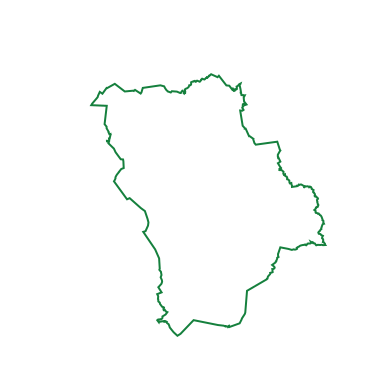 Salvador Escalante, Michoacán, Mexico, rotated 235°
{"feature_id": "50627088B74968068744186", "entity_name": "Salvador Escalante", "entity_type": "district", "adm_level": 2, "iso_a3": "MEX", "parent_name": "Mexico", "parent_adm1": "Michoacán", "projection": "robinson", "projection_center": [-101.725, 19.39], "detail": "fine", "context": "isolated", "style": "outline", "palette": "green", "viewbox_px": 384, "rotation_deg": 235, "n_neighbors": 0, "source": "geoboundaries", "source_scale": "gbopen_adm2", "svg_char_len": 5883}
<svg xmlns="http://www.w3.org/2000/svg" viewBox="0 0 384 384"><g transform="rotate(235 192 192)"><path d="M271.8,280.7L271.4,278.8L277.5,275.2L277.2,273.2L277.5,273.1L277.5,272.8L277.2,272.8L276.9,270.7L277.6,270.1L277.4,269.7L277.1,269.9L276.8,269.7L277.4,268.7L277.0,267.2L277.1,266.6L279.0,265.3L278.8,263.9L278.4,263.8L277.9,261.6L280.3,260.0L280.3,259.2L280.1,258.3L280.6,258.0L281.1,258.2L281.4,258.1L281.6,257.2L281.8,257.0L281.7,256.3L282.1,255.9L282.4,254.2L281.3,253.5L280.5,252.8L280.5,251.5L281.0,251.0L280.0,249.6L279.8,248.4L279.8,247.5L280.1,246.5L280.1,244.9L278.2,244.1L277.1,243.2L277.8,242.6L277.3,242.0L277.7,241.9L278.0,242.3L278.9,242.8L280.5,242.2L280.0,240.5L279.5,239.7L279.9,239.1L282.9,237.2L286.1,233.3L285.7,231.7L288.3,229.8L288.6,229.9L290.0,229.5L292.4,229.5L294.5,229.8L297.5,227.3L305.5,211.4L302.5,207.6L302.1,206.4L308.3,203.9L308.2,203.0L308.4,202.6L308.2,202.2L308.8,201.8L312.9,194.6L324.9,190.8L325.8,181.9L326.2,181.7L323.9,175.0L326.9,173.9L324.8,170.3L323.8,169.1L321.6,160.8L320.9,159.3L311.5,171.6L297.7,159.3L294.5,159.5L293.2,158.6L289.0,158.2L288.9,157.9L286.8,157.5L286.4,158.4L286.0,158.0L285.6,158.2L285.4,157.9L285.3,157.7L283.0,155.2L283.4,154.7L281.3,153.5L280.7,152.6L281.7,152.0L282.2,152.3L282.7,151.7L282.2,151.4L280.7,152.2L279.8,151.9L279.7,151.5L272.3,152.9L268.4,152.2L259.7,152.4L258.2,154.2L256.5,153.4L250.8,149.8L251.4,147.2L250.3,143.5L250.2,143.5L249.3,140.4L248.4,138.5L247.9,137.7L247.0,137.1L245.8,135.0L245.5,134.2L223.3,134.6L222.7,137.4L208.1,140.9L203.4,142.5L195.6,140.2L192.1,138.9L189.7,136.7L186.6,131.5L187.3,129.2L166.1,128.9L156.5,127.0L147.7,121.6L147.1,120.7L146.8,120.6L144.5,120.8L141.5,119.4L140.1,117.4L137.1,116.8L135.7,116.1L134.9,115.1L134.3,114.2L133.3,109.8L127.2,109.5L128.3,104.9L126.3,104.6L125.5,104.2L124.7,103.4L124.4,103.3L123.9,102.7L123.1,102.6L121.8,101.7L121.3,101.7L120.3,102.1L119.7,102.1L118.8,101.6L115.1,101.7L114.0,102.6L113.4,102.8L113.2,102.7L113.1,101.9L112.4,101.6L112.0,101.2L111.4,101.1L111.1,101.2L111.0,102.1L108.8,102.2L107.7,102.9L106.8,100.1L107.0,96.4L106.5,96.1L105.7,95.4L105.4,94.4L105.5,93.7L106.1,93.0L106.1,92.2L106.8,91.5L107.0,91.1L106.9,90.0L104.2,90.1L104.5,90.5L102.2,95.4L101.8,95.9L100.6,96.6L100.6,96.3L100.4,96.6L98.9,96.4L97.2,97.0L95.6,96.7L93.8,96.1L90.4,96.3L87.7,96.5L82.6,97.6L82.4,101.2L86.1,119.8L68.1,137.0L64.3,141.3L62.8,142.2L63.0,142.6L62.8,142.9L62.1,143.1L61.5,143.8L61.4,144.1L60.6,144.0L60.5,144.7L60.7,144.8L61.2,144.5L61.3,145.1L61.2,145.7L59.9,145.4L57.1,155.7L59.0,159.3L59.8,160.4L61.8,165.3L62.7,166.5L79.5,180.4L77.6,203.2L78.0,203.6L77.8,204.2L79.2,205.7L79.9,208.8L80.4,209.5L80.9,209.7L80.3,211.1L80.1,212.1L82.8,213.6L82.3,214.2L82.2,215.7L82.7,216.1L82.8,216.4L83.2,216.5L84.5,216.3L86.3,215.8L86.4,219.9L86.7,220.7L87.0,220.8L87.0,221.3L87.3,221.4L87.7,222.3L88.7,223.7L89.3,224.1L89.2,225.6L89.8,225.6L91.9,226.9L92.1,227.3L96.0,232.6L90.2,238.2L87.3,240.6L86.7,242.4L85.9,243.1L85.4,244.0L85.2,245.5L85.7,245.9L86.2,245.9L86.2,246.0L86.2,247.1L85.9,248.1L86.0,249.1L85.9,250.1L85.2,252.0L84.6,253.1L84.3,254.1L83.8,254.3L83.8,254.8L82.9,255.0L83.1,256.8L83.4,257.0L83.2,257.7L82.1,259.1L82.0,259.4L82.1,259.9L81.9,260.1L81.9,260.6L83.0,260.8L81.6,261.4L81.8,261.9L81.1,262.3L80.3,262.1L79.7,262.9L79.4,263.1L77.6,263.1L77.1,263.2L76.6,264.7L75.0,266.7L74.4,268.0L73.4,268.7L72.1,270.8L72.8,270.8L73.3,271.2L75.1,271.1L75.8,270.6L76.0,271.0L76.3,270.9L77.4,272.0L78.7,272.3L79.4,272.0L80.3,272.7L81.0,274.1L82.7,273.1L83.3,273.2L84.1,272.9L85.1,271.9L86.3,272.2L86.5,272.8L86.8,273.1L86.7,274.3L87.3,275.3L87.4,276.7L88.2,277.0L88.5,277.7L88.9,278.0L90.6,280.4L90.7,280.9L90.3,281.9L92.0,282.2L92.4,282.7L93.1,283.1L93.6,283.0L94.1,282.7L94.5,283.1L95.1,283.3L97.3,283.9L98.4,284.0L99.2,283.9L99.8,283.5L100.6,283.6L101.0,283.4L101.6,283.4L101.8,282.8L102.3,282.9L103.9,281.5L104.5,281.8L104.6,281.7L105.6,282.4L107.1,281.9L107.4,283.8L107.8,284.8L108.2,284.8L108.2,286.0L107.9,286.0L107.7,286.3L108.6,287.8L109.3,288.2L109.7,288.0L110.8,288.5L111.7,288.7L112.2,289.2L112.6,289.2L113.8,289.8L114.1,291.0L114.3,291.0L114.4,291.4L115.3,291.5L116.0,291.2L117.2,291.1L117.5,290.3L118.5,290.2L118.9,291.0L120.0,291.5L120.3,291.4L121.4,291.6L121.6,291.3L122.6,291.2L123.9,292.7L125.5,291.9L125.6,292.1L126.6,292.0L127.1,292.3L127.8,292.3L128.3,292.0L128.6,290.9L129.1,291.2L129.4,290.5L130.3,290.1L130.9,289.0L131.6,288.1L131.4,286.8L131.6,286.6L132.4,287.5L132.5,287.4L133.3,286.8L135.3,285.9L135.7,285.5L136.1,284.6L136.3,283.6L136.7,283.6L136.4,282.4L136.6,282.4L136.7,281.6L137.0,281.4L136.8,280.8L138.8,276.8L140.0,277.6L141.1,277.8L142.4,278.5L142.8,277.2L143.7,277.2L145.3,278.1L145.6,278.3L147.3,277.8L147.9,277.2L148.2,277.3L148.9,278.1L150.2,278.4L150.9,277.9L151.7,277.6L152.1,277.7L152.9,278.2L152.9,277.2L153.1,277.1L153.8,277.7L154.6,277.3L156.1,278.6L159.1,277.8L159.4,276.6L160.0,276.2L160.2,276.5L160.3,277.8L160.8,277.5L160.9,278.7L162.1,278.6L166.3,278.9L166.2,281.8L171.3,282.7L171.2,282.4L171.9,282.7L173.3,283.7L174.9,287.0L175.3,288.2L176.2,288.2L184.3,290.7L194.2,271.4L196.3,271.2L200.1,272.4L200.3,272.8L205.3,271.0L205.3,270.8L213.1,272.3L213.6,271.6L213.9,271.9L217.2,271.5L231.1,278.2L229.7,279.9L229.7,281.3L232.2,281.5L232.7,282.8L233.0,282.6L233.4,282.9L234.7,284.0L234.5,285.3L234.0,285.4L232.9,285.1L232.4,286.8L236.3,286.6L239.7,288.5L240.9,290.7L241.6,289.5L241.9,289.2L242.2,289.3L242.3,289.1L242.2,289.0L243.0,288.1L245.2,289.1L245.8,288.0L245.3,289.2L248.4,290.7L252.4,292.4L252.7,292.8L252.7,293.6L253.0,294.0L253.2,292.5L252.6,290.3L252.8,289.0L251.8,288.6L250.7,287.9L250.8,287.5L250.6,287.2L250.8,286.6L251.3,286.7L251.5,286.2L250.9,286.1L250.9,285.9L250.3,285.7L251.0,285.6L251.0,285.4L250.7,285.4L250.7,284.7L253.4,284.8L253.4,284.5L250.8,284.4L250.9,284.2L252.2,284.2L252.4,283.7L257.7,283.5L259.6,281.3L271.8,280.7Z" fill="none" stroke="#15803d" stroke-width="2"/></g></svg>